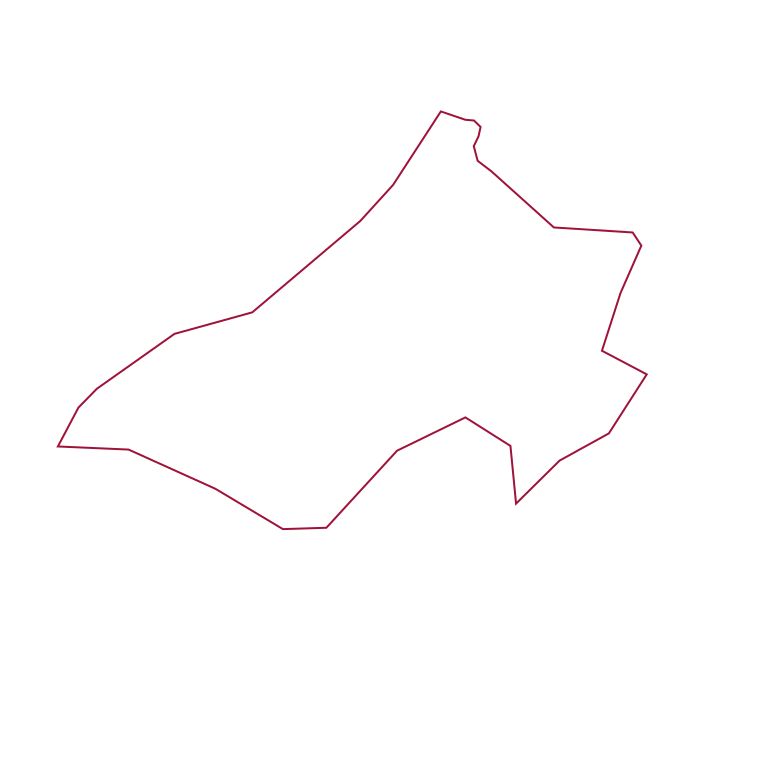 map outline of Jaunpils (Natural Earth projection), rotated 139°
{"feature_id": "LVA-5763", "entity_name": "Jaunpils", "entity_type": "Municipality", "adm_level": 1, "iso_a3": "LVA", "parent_name": "Latvia", "parent_adm1": "", "projection": "natural_earth1", "projection_center": [22.921, 56.775], "detail": "fine", "context": "isolated", "style": "outline", "palette": "rose", "viewbox_px": 768, "rotation_deg": 139, "n_neighbors": 0, "source": "natural_earth", "source_scale": "10m", "svg_char_len": 548}
<svg xmlns="http://www.w3.org/2000/svg" viewBox="0 0 768 768"><g transform="rotate(139 384 384)"><path d="M603.8,568.8L509.2,559.3L436.4,524.5L294.8,522.6L246.5,528.3L162.3,552.4L149.3,530.1L143.2,523.8L142.5,514.6L150.2,508.9L160.2,504.6L166.9,491.0L163.4,473.9L153.1,390.7L96.9,335.2L99.0,319.6L145.8,297.5L197.7,266.1L179.4,218.9L246.7,199.2L301.7,211.0L362.8,207.1L329.2,254.3L344.5,305.4L417.9,325.1L521.8,313.3L555.5,340.8L580.0,415.5L619.8,502.1L671.1,550.8L630.0,566.7L603.8,568.8Z" fill="none" stroke="#9f1239" stroke-width="2"/></g></svg>